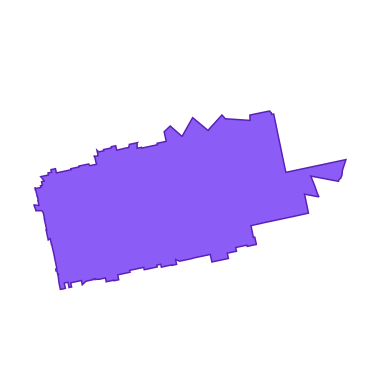 Kent, Western Australia, Australia, rotated 348°
{"feature_id": "25037944B61750008694929", "entity_name": "Kent", "entity_type": "district", "adm_level": 2, "iso_a3": "AUS", "parent_name": "Australia", "parent_adm1": "Western Australia", "projection": "equal_earth", "projection_center": [118.452, -33.539], "detail": "fine", "context": "isolated", "style": "filled", "palette": "violet", "viewbox_px": 384, "rotation_deg": 348, "n_neighbors": 0, "source": "geoboundaries", "source_scale": "gbopen_adm2", "svg_char_len": 3769}
<svg xmlns="http://www.w3.org/2000/svg" viewBox="0 0 384 384"><g transform="rotate(348 192 192)"><path d="M34.8,171.8L34.7,172.1L35.5,177.2L35.4,177.9L41.1,179.0L42.2,181.1L42.2,187.6L41.9,187.6L42.0,198.9L41.4,198.7L41.4,204.6L41.4,208.9L41.4,209.0L43.2,208.2L43.6,208.2L43.6,210.2L43.5,210.6L43.6,211.1L43.6,214.4L43.9,214.4L43.9,215.6L43.9,217.0L44.0,226.7L43.9,226.8L43.9,231.3L43.9,232.4L43.9,239.0L42.6,239.1L42.6,241.0L43.5,241.1L43.5,244.8L44.2,244.8L43.7,245.5L43.3,250.2L43.2,250.8L43.0,253.4L43.0,257.0L43.0,259.9L43.5,259.9L46.5,260.0L47.3,259.9L48.1,259.9L48.1,256.9L48.1,254.5L51.9,254.5L51.9,256.2L51.9,259.9L54.5,259.9L54.5,256.2L54.5,255.6L58.3,255.6L61.9,255.6L65.4,255.6L65.4,259.3L65.4,259.9L67.2,258.8L68.1,258.3L69.0,257.7L69.8,257.3L72.6,257.2L77.3,257.2L77.3,256.6L79.1,256.6L79.1,257.5L80.1,257.5L83.2,258.1L83.8,258.1L89.4,258.1L89.4,262.0L92.8,262.0L97.3,262.0L97.3,262.6L102.1,262.6L102.1,257.6L102.3,257.6L106.6,257.6L109.3,257.6L111.2,257.6L112.0,257.6L114.7,257.6L114.7,256.6L114.7,255.7L129.1,255.7L129.1,255.8L129.1,257.1L129.1,258.1L142.4,258.1L142.4,256.4L142.4,256.2L146.4,256.2L146.4,259.2L152.6,259.1L157.0,259.1L157.0,259.6L161.9,259.6L161.9,254.6L165.4,257.1L167.6,257.1L172.8,257.1L176.7,257.1L178.1,257.1L178.6,257.1L178.8,256.9L183.1,256.9L187.9,256.9L196.9,256.9L196.9,264.6L201.7,264.6L201.8,264.6L205.6,264.6L208.1,264.6L212.8,264.6L213.8,264.6L213.8,259.2L214.0,259.2L223.2,259.2L223.2,255.4L234.6,255.4L234.7,256.7L239.9,256.7L244.0,256.7L244.1,255.5L244.0,249.2L243.7,249.2L242.6,249.2L242.7,237.2L255.6,237.0L260.0,237.0L262.2,237.0L264.0,237.0L265.9,237.0L271.9,237.0L287.9,237.0L299.6,236.9L301.5,236.9L301.6,230.6L301.6,217.5L302.9,218.1L305.9,219.3L307.9,220.1L308.9,220.6L309.9,221.0L311.9,221.8L314.8,223.0L315.1,222.8L314.3,219.6L313.9,216.1L313.5,212.7L313.0,209.4L312.2,205.1L311.5,201.1L312.3,201.5L314.1,202.2L318.2,203.9L321.2,205.2L326.3,207.3L329.3,208.6L333.3,210.3L335.4,211.1L337.4,212.0L337.6,211.9L338.4,210.4L339.4,209.9L340.4,209.4L342.2,206.7L342.5,205.7L343.8,201.8L346.0,198.0L348.8,193.2L349.3,192.3L312.0,192.3L287.9,192.3L287.9,187.9L287.9,182.8L287.9,179.7L288.0,164.4L288.0,156.0L288.1,139.9L288.1,138.2L288.1,137.0L288.1,132.7L286.1,132.7L286.1,131.1L286.0,130.9L285.6,130.6L284.9,129.1L284.7,128.9L271.7,128.8L269.5,128.8L265.1,128.8L264.6,128.8L263.7,134.0L259.6,132.9L258.6,132.6L248.0,129.6L243.0,128.2L239.8,127.3L238.7,125.3L237.3,122.9L233.7,125.5L221.2,134.5L221.0,135.1L220.5,135.2L208.8,120.3L208.1,119.4L200.5,128.0L196.8,132.2L194.1,135.2L194.1,135.3L193.6,135.3L189.3,129.5L184.4,122.9L178.2,126.7L177.3,127.2L177.3,137.1L172.4,137.1L168.0,137.1L168.0,138.6L161.3,138.6L161.2,138.6L156.3,138.6L151.9,138.6L151.9,137.8L147.4,137.8L147.8,136.5L147.9,135.2L148.3,134.4L148.2,133.1L148.9,132.4L140.6,132.4L140.3,133.3L140.0,134.1L139.5,134.7L139.2,135.2L139.2,135.3L134.7,135.2L133.6,135.3L127.0,135.4L127.0,130.9L122.5,130.9L122.5,131.3L122.5,131.7L122.4,132.1L117.0,132.1L114.3,132.1L114.3,133.3L109.1,133.3L108.9,133.3L108.3,132.3L107.7,131.4L107.7,137.0L104.1,137.0L104.1,136.5L103.8,136.5L103.8,137.4L104.2,137.8L104.2,143.2L104.4,143.6L104.4,145.0L100.6,145.0L97.6,145.0L97.4,144.8L96.7,143.1L93.7,143.1L89.7,143.1L86.7,143.1L86.7,144.0L82.6,144.0L78.3,144.0L78.3,144.3L78.5,144.5L78.5,145.1L73.8,145.1L68.3,145.1L63.3,145.1L63.3,140.8L63.2,140.8L58.7,140.8L58.7,143.4L56.2,143.4L55.1,143.4L55.1,145.5L54.1,145.5L51.2,145.5L50.1,145.5L47.2,145.5L49.8,150.5L49.7,150.6L47.0,150.6L47.0,151.7L47.0,154.4L46.9,154.4L46.0,154.4L45.1,154.4L45.1,154.8L45.2,156.1L41.8,156.1L39.6,156.1L39.6,155.4L39.2,155.4L39.2,157.4L39.5,157.4L39.6,159.0L39.6,163.9L39.8,164.0L39.8,166.0L39.9,168.4L39.5,168.4L39.5,173.3L34.8,171.8Z" fill="#8b5cf6" stroke="#5b21b6" stroke-width="1.5"/></g></svg>